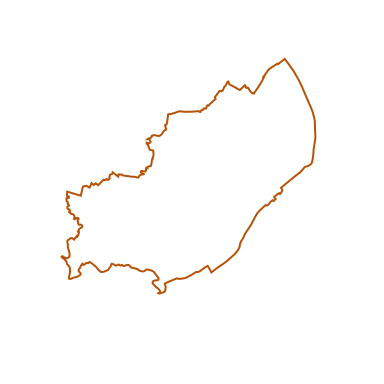 Vinh Tuong, Vĩnh Phúc, Vietnam, rotated 238°
{"feature_id": "81297802B74371944720443", "entity_name": "Vinh Tuong", "entity_type": "district", "adm_level": 2, "iso_a3": "VNM", "parent_name": "Vietnam", "parent_adm1": "Vĩnh Phúc", "projection": "mercator", "projection_center": [105.503, 21.249], "detail": "fine", "context": "isolated", "style": "outline", "palette": "amber", "viewbox_px": 384, "rotation_deg": 238, "n_neighbors": 0, "source": "geoboundaries", "source_scale": "gbopen_adm2", "svg_char_len": 5943}
<svg xmlns="http://www.w3.org/2000/svg" viewBox="0 0 384 384"><g transform="rotate(238 192 192)"><path d="M156.4,312.2L160.6,315.6L163.3,317.4L171.6,324.6L173.9,326.2L179.0,329.0L186.8,333.6L190.1,334.9L196.2,336.8L201.3,337.7L205.5,338.3L209.1,338.9L214.0,339.6L223.4,341.1L230.7,341.9L240.4,342.2L249.9,341.7L255.7,341.2L254.9,332.6L255.5,332.5L255.6,329.3L255.4,322.7L255.3,322.0L254.9,321.0L254.0,319.0L251.7,313.4L251.2,313.8L247.7,307.8L245.0,301.8L242.8,296.7L242.7,296.6L244.1,295.4L245.0,295.1L247.0,294.8L247.7,294.7L249.8,294.9L250.6,294.8L251.0,294.5L251.1,294.0L251.4,293.4L252.0,293.0L253.5,293.6L254.5,293.5L253.1,286.6L254.0,286.1L255.3,285.3L257.2,284.4L263.2,280.9L263.9,280.7L266.0,281.3L266.5,281.3L266.6,281.0L266.6,280.6L264.1,276.2L264.2,275.3L261.9,272.0L261.7,270.7L263.1,268.9L261.1,263.8L260.2,261.5L258.4,261.3L257.0,253.3L256.4,251.9L257.3,251.2L257.0,250.1L255.3,248.2L256.7,246.0L255.7,244.5L256.3,243.6L256.4,243.2L255.4,241.5L255.5,241.2L255.8,240.9L256.5,240.8L257.3,240.3L257.9,238.8L260.2,234.4L262.4,230.8L263.7,228.5L266.7,224.7L267.3,223.6L268.1,219.9L269.1,216.1L270.5,213.0L269.9,212.4L265.6,208.9L262.9,206.4L263.0,204.6L258.6,203.1L258.8,202.1L258.7,200.4L257.0,196.8L256.8,195.1L256.9,194.2L257.2,193.5L257.9,192.5L260.4,190.0L260.6,189.5L260.6,188.5L261.0,187.7L260.8,187.3L260.0,186.8L259.8,185.4L260.5,182.7L260.4,182.2L259.5,183.8L256.7,183.6L256.1,183.0L256.1,181.9L256.4,181.0L257.8,179.6L256.8,179.2L255.5,179.7L254.8,179.7L254.5,179.4L253.9,179.2L251.2,178.7L250.1,178.6L247.7,181.1L244.2,179.3L242.6,178.0L242.5,177.2L240.9,176.3L240.9,175.5L236.5,171.7L235.9,170.7L236.2,170.3L236.8,167.5L235.8,166.9L236.6,166.1L236.6,165.7L236.3,165.4L235.4,164.8L234.4,164.1L234.1,163.4L235.0,162.2L236.6,160.4L236.7,160.0L236.3,159.3L236.0,159.2L234.4,159.5L233.2,160.5L232.9,160.7L232.7,160.5L232.8,159.8L233.8,157.9L233.8,157.5L233.8,156.6L233.5,155.7L232.9,154.5L232.8,153.8L233.8,152.8L234.4,152.4L235.4,151.3L237.1,148.6L238.9,146.8L240.7,144.4L243.1,141.8L243.9,141.8L245.8,139.1L244.1,137.6L250.7,135.1L249.9,134.3L249.6,133.5L249.7,133.1L250.0,132.5L250.1,131.7L250.0,131.4L248.3,129.7L247.3,129.6L246.9,129.1L246.8,128.9L246.8,127.1L248.3,126.5L248.0,125.0L248.1,124.5L249.4,123.5L247.6,116.8L247.9,116.6L247.7,115.9L250.4,115.0L249.9,112.4L252.8,111.5L250.1,107.8L250.1,107.3L253.2,105.8L254.4,102.7L253.5,101.4L247.8,95.7L258.4,86.4L254.8,83.8L253.4,85.2L252.3,84.4L253.1,82.1L250.6,80.8L249.6,81.3L249.3,81.3L247.9,80.3L245.8,80.7L245.6,80.3L245.6,79.1L245.4,78.5L245.2,78.2L244.7,77.8L244.4,77.7L243.2,77.9L242.0,78.8L241.4,78.8L240.9,78.8L240.6,78.3L240.5,77.9L240.5,77.4L239.6,77.1L238.8,77.8L237.4,77.9L236.3,79.3L235.6,79.5L234.8,79.5L234.0,79.5L233.3,79.3L231.8,77.8L231.3,77.8L231.1,77.9L230.9,78.8L231.2,79.8L231.2,80.2L230.8,80.6L230.4,81.4L229.8,81.8L229.6,81.8L229.3,81.6L228.9,80.5L228.5,80.0L228.0,79.7L227.5,79.6L226.3,79.4L225.8,78.8L225.4,78.6L224.8,78.6L224.3,78.7L224.0,78.9L223.8,79.3L223.6,79.9L223.4,80.2L222.6,80.7L222.0,81.0L221.5,81.0L220.7,80.6L220.5,80.3L220.4,80.0L220.5,78.8L220.5,76.9L220.4,76.6L220.1,76.3L219.2,75.4L219.1,75.1L219.1,74.3L219.0,74.2L218.8,74.2L218.2,74.8L217.8,74.9L217.6,74.7L215.8,72.7L215.7,72.1L215.9,71.5L215.9,71.2L215.7,71.1L215.0,71.2L214.7,70.9L214.7,70.5L215.2,69.4L215.1,69.0L214.6,67.8L214.6,67.1L214.2,66.8L214.6,66.5L215.5,66.4L216.2,66.0L216.9,65.1L217.2,64.5L217.2,63.8L216.8,63.1L216.8,62.4L217.0,61.2L216.9,60.7L216.1,60.0L214.8,59.3L213.4,59.1L212.2,58.2L210.8,57.4L208.9,56.8L207.6,56.6L204.0,55.2L202.1,53.8L201.9,52.4L202.3,50.4L203.6,49.4L206.3,48.0L206.0,47.0L203.9,47.7L202.6,48.2L200.0,48.6L199.4,48.6L197.7,48.0L196.7,47.8L195.1,48.3L193.3,48.4L192.3,48.1L189.9,46.9L187.8,45.3L185.6,43.2L185.0,42.4L184.2,41.9L183.7,41.8L183.3,42.1L182.8,42.7L182.5,43.6L182.3,45.4L182.0,46.6L181.0,49.5L180.9,50.4L180.9,53.1L181.4,54.2L182.0,54.4L182.8,54.4L184.4,54.0L185.1,54.0L185.8,54.4L186.3,55.0L187.0,56.8L187.6,57.5L188.2,58.5L189.1,60.5L189.2,61.2L187.7,61.2L187.6,61.5L187.5,62.8L187.8,64.7L187.7,65.2L187.0,65.7L186.8,66.0L186.9,68.0L186.6,68.3L184.4,69.3L181.0,70.4L179.2,71.0L175.2,71.5L173.3,72.0L172.6,72.4L172.1,72.9L171.5,74.0L171.1,75.1L170.3,79.7L171.6,82.2L172.0,83.4L172.3,83.9L172.9,84.6L173.5,85.5L173.7,85.8L173.7,86.0L173.1,86.6L171.8,87.4L170.6,88.0L169.9,88.5L169.7,88.8L169.6,90.8L169.4,91.3L167.6,92.2L167.4,92.6L167.3,93.9L165.7,94.6L165.4,94.9L164.8,97.4L164.2,99.0L163.8,99.5L162.1,100.2L160.3,100.3L155.7,104.8L155.1,105.2L154.1,105.3L153.5,105.6L152.8,106.1L151.0,107.8L150.6,108.3L150.4,108.8L150.1,109.9L150.5,111.8L150.0,112.9L148.5,114.5L146.9,115.9L145.8,116.7L144.5,117.3L143.0,117.5L139.8,117.6L138.5,117.8L136.6,118.0L135.9,117.5L135.5,117.0L135.3,116.5L135.5,115.8L136.3,114.5L136.7,113.5L136.9,112.0L136.8,111.4L136.5,111.0L136.2,110.6L135.6,110.3L134.0,110.4L130.5,111.1L128.3,112.0L126.8,112.4L125.8,112.5L124.8,112.2L124.3,111.9L123.9,111.0L124.0,109.7L123.7,109.7L122.9,111.3L122.6,112.7L122.1,114.4L122.0,115.7L122.1,116.2L122.3,116.6L123.2,117.6L124.9,119.0L125.8,119.5L128.8,120.5L128.6,121.3L128.5,123.0L127.7,128.1L126.7,133.6L125.7,134.3L124.6,135.9L122.6,140.6L122.0,146.9L122.0,150.8L122.0,152.7L121.8,153.4L121.1,154.5L120.8,155.4L120.7,156.8L121.2,163.8L121.0,166.1L116.7,166.1L113.5,165.8L114.3,173.3L114.6,181.4L115.1,186.0L116.0,191.5L116.6,194.7L117.3,197.3L118.6,200.7L119.4,202.1L120.4,203.4L122.1,204.8L123.7,206.8L124.4,207.9L125.5,210.5L127.6,213.5L128.7,215.4L133.1,225.0L137.3,232.1L138.8,235.0L139.5,236.4L140.1,238.2L141.4,244.7L141.9,247.7L141.2,248.0L140.8,248.4L140.6,249.0L140.8,249.9L141.9,252.9L142.2,254.6L142.3,256.0L141.1,256.4L141.7,259.2L144.3,258.9L144.9,263.9L144.9,265.2L144.5,265.4L143.7,265.5L144.1,267.2L145.0,268.7L145.5,269.3L145.8,269.6L148.4,269.7L150.9,288.5L151.4,293.9L152.1,296.9L153.1,299.8L153.3,300.9L153.3,302.0L152.7,303.4L152.4,304.6L152.7,308.2L153.2,309.0L156.4,312.2Z" fill="none" stroke="#b45309" stroke-width="2"/></g></svg>